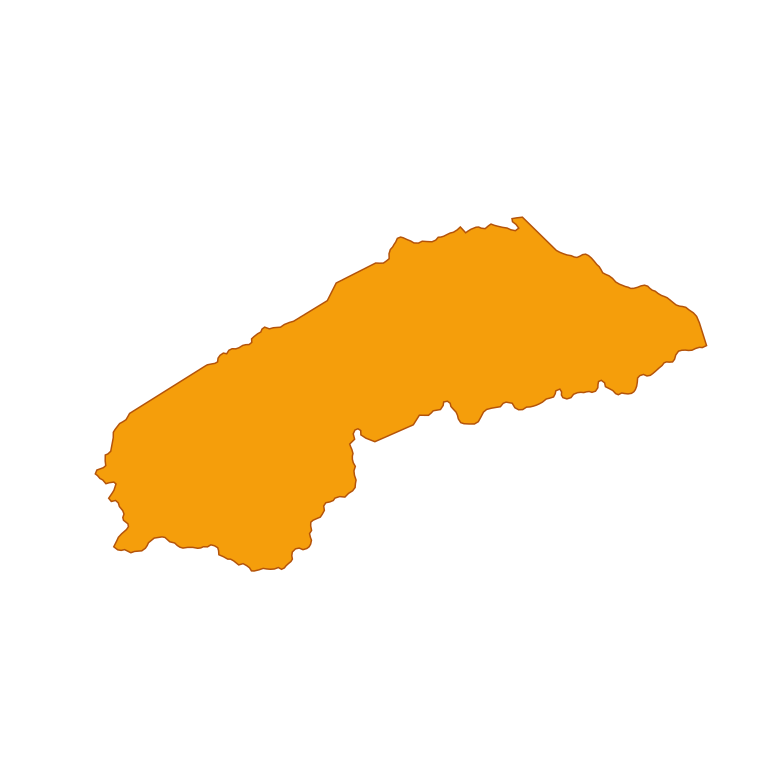 outline of Medeiros Neto, Bahia, Brazil, rotated 336°
{"feature_id": "56859067B99293753534510", "entity_name": "Medeiros Neto", "entity_type": "district", "adm_level": 2, "iso_a3": "BRA", "parent_name": "Brazil", "parent_adm1": "Bahia", "projection": "mercator", "projection_center": [-40.264, -17.364], "detail": "fine", "context": "isolated", "style": "filled", "palette": "amber", "viewbox_px": 768, "rotation_deg": 336, "n_neighbors": 0, "source": "geoboundaries", "source_scale": "gbopen_adm2", "svg_char_len": 4658}
<svg xmlns="http://www.w3.org/2000/svg" viewBox="0 0 768 768"><g transform="rotate(336 384 384)"><path d="M694.3,480.1L697.0,456.4L697.1,449.4L695.6,444.9L692.8,440.4L690.9,436.7L688.2,434.6L685.8,433.2L683.1,430.7L681.5,427.7L680.0,424.7L677.8,420.4L675.9,418.3L673.5,416.0L671.2,412.8L669.5,409.5L667.2,407.4L665.7,404.6L664.7,401.9L662.2,399.7L658.7,398.9L655.0,398.8L651.1,398.2L648.2,397.0L646.4,394.9L644.1,393.1L642.1,391.0L639.8,388.7L637.2,385.1L635.7,380.4L633.6,376.7L631.0,373.9L629.0,371.3L628.8,367.9L628.3,364.3L627.0,361.4L626.0,357.5L624.7,353.3L623.1,349.9L621.0,347.4L618.1,346.6L615.2,346.9L611.8,346.9L609.5,345.4L607.2,342.9L603.6,340.5L600.7,337.8L598.1,335.1L595.8,332.1L578.3,287.9L572.5,286.1L568.2,285.0L567.4,288.0L569.5,291.9L570.5,296.4L566.4,297.4L562.5,294.6L559.9,291.6L556.0,289.1L551.9,286.0L549.3,283.9L546.8,281.4L543.7,282.0L539.6,283.2L536.2,281.2L534.3,279.1L531.8,278.2L529.2,278.1L526.4,278.0L522.8,278.5L520.1,279.1L519.0,275.7L517.6,271.6L513.5,273.0L509.1,273.6L505.9,273.0L502.2,273.1L498.7,273.3L495.7,272.9L493.2,272.0L489.8,273.6L485.7,273.6L481.1,271.3L477.0,269.1L472.8,269.3L468.7,267.3L466.6,264.3L463.8,261.4L461.0,258.2L458.9,256.5L455.4,256.4L452.4,259.1L450.1,260.5L447.7,262.3L444.5,263.7L441.6,267.0L439.7,271.6L436.2,272.6L432.6,273.3L429.2,271.9L425.6,270.1L421.2,270.3L381.4,272.3L366.1,284.8L326.9,289.9L322.7,289.3L317.2,289.1L312.5,290.0L309.2,288.8L305.8,287.6L301.7,287.0L298.1,283.5L294.9,284.2L292.6,286.4L289.0,286.7L284.6,287.8L281.4,288.9L280.1,292.2L276.8,293.1L273.8,291.9L270.7,291.3L266.1,291.9L262.9,291.6L259.6,290.0L256.0,290.1L252.6,292.4L249.8,290.4L245.9,291.1L242.9,292.9L241.0,296.1L238.0,296.4L234.4,295.5L230.4,294.6L227.7,294.9L139.6,307.4L137.0,309.4L133.8,311.7L129.9,312.3L126.4,312.6L119.9,316.1L117.1,318.0L114.8,323.0L107.0,334.3L103.2,335.6L100.5,335.5L98.0,340.9L96.6,345.4L93.6,346.3L86.7,345.8L83.7,348.7L85.0,351.1L86.1,354.8L88.0,357.2L89.4,362.0L92.7,362.4L97.3,363.7L98.5,366.3L94.1,371.2L91.5,373.0L86.0,376.4L87.1,380.4L91.4,381.2L92.9,384.5L92.4,388.4L93.8,393.4L93.6,397.0L91.1,399.7L90.6,402.5L93.2,407.6L92.5,410.4L89.6,412.2L83.4,414.1L79.0,416.0L76.4,418.3L70.9,422.8L73.3,427.2L76.2,429.1L79.7,429.8L84.1,435.2L88.0,435.5L94.9,437.9L99.2,437.0L101.9,435.3L104.3,433.2L111.4,431.3L119.1,433.4L121.5,435.1L124.1,441.0L128.1,444.1L129.5,447.5L131.2,450.1L133.6,452.1L138.2,453.4L142.9,455.5L147.0,458.3L149.9,459.2L152.8,459.2L156.6,461.0L160.4,460.5L163.3,462.8L165.5,465.9L165.1,468.9L163.7,472.8L167.1,476.5L170.0,480.4L172.6,481.6L174.7,484.4L177.7,490.2L182.2,490.8L184.7,494.1L186.4,497.2L186.9,500.8L189.3,502.0L194.1,502.9L198.6,503.3L201.7,505.3L205.0,507.1L208.6,508.4L212.9,508.7L215.0,511.6L218.2,511.5L220.6,510.2L223.6,509.2L226.8,508.3L229.1,506.7L229.9,503.4L231.9,500.2L236.1,498.6L239.8,499.4L242.6,502.4L246.6,502.9L249.3,502.3L251.9,500.4L254.2,497.2L254.4,494.2L255.1,490.4L258.3,488.3L259.3,483.8L260.9,480.5L263.8,479.6L268.0,479.6L271.7,479.7L274.7,477.8L278.1,475.2L279.3,470.9L282.6,468.8L286.6,469.7L290.3,469.8L292.8,468.3L297.7,468.8L302.3,471.4L307.1,469.5L311.9,468.8L315.5,466.8L317.5,463.2L319.4,460.4L319.9,455.3L321.2,451.1L324.3,447.6L323.9,443.4L324.5,439.9L325.8,436.9L327.4,434.9L328.0,430.8L328.0,427.7L328.2,424.9L331.2,423.8L334.7,422.5L335.6,417.0L338.8,414.2L342.0,414.3L343.8,417.0L342.2,421.1L345.4,426.1L352.2,433.0L394.2,433.2L403.6,426.9L409.0,429.4L411.9,430.7L415.3,429.7L418.1,428.5L420.9,429.2L425.2,430.3L429.3,427.7L431.2,424.7L434.9,425.5L436.6,428.5L436.0,431.8L437.2,435.6L438.4,439.0L438.4,442.5L437.7,446.1L438.4,450.5L440.9,452.8L445.8,455.3L450.4,457.3L454.8,456.8L459.2,453.5L463.5,450.1L467.4,449.0L472.3,449.8L477.0,451.0L481.1,452.1L485.0,450.1L488.1,450.2L491.1,452.2L493.3,453.7L493.9,458.9L496.5,462.3L500.3,463.8L504.8,463.1L508.3,464.4L511.6,465.0L514.6,465.3L517.6,465.3L521.3,465.0L526.2,463.7L529.5,464.3L533.6,464.8L536.5,462.5L538.2,460.1L542.6,460.2L543.0,463.4L541.6,466.2L541.9,469.2L545.0,472.0L549.3,472.5L553.0,470.5L557.1,470.6L560.4,471.6L563.0,473.1L565.8,473.5L568.4,474.3L570.6,476.2L574.3,476.6L577.8,474.4L579.4,471.3L581.0,469.0L584.0,469.0L586.0,472.6L585.2,476.5L588.2,480.2L590.4,483.1L591.7,487.0L593.7,489.1L597.5,488.9L599.8,490.5L602.9,492.3L606.3,493.2L609.1,492.7L611.3,491.4L613.9,488.8L616.2,485.3L618.1,481.7L621.1,480.4L624.9,480.8L627.5,483.6L630.8,484.4L633.7,483.8L637.4,482.7L641.3,481.4L645.6,480.2L648.4,478.6L651.0,478.7L653.6,480.1L656.6,481.2L659.5,479.6L662.3,476.2L666.4,473.8L669.8,474.3L673.1,475.6L675.8,477.2L679.1,478.4L683.2,478.3L687.1,478.8L689.6,480.2L694.3,480.1Z" fill="#f59e0b" stroke="#b45309" stroke-width="1.5"/></g></svg>